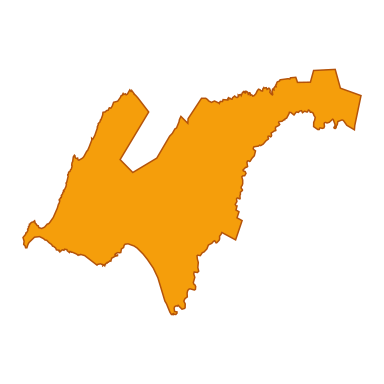 the district of Bahía de Banderas, Nayarit, Mexico
{"feature_id": "50627088B73050427186978", "entity_name": "Bahía de Banderas", "entity_type": "district", "adm_level": 2, "iso_a3": "MEX", "parent_name": "Mexico", "parent_adm1": "Nayarit", "projection": "equal_earth", "projection_center": [-105.326, 20.829], "detail": "fine", "context": "isolated", "style": "filled", "palette": "amber", "viewbox_px": 384, "rotation_deg": 0, "n_neighbors": 0, "source": "geoboundaries", "source_scale": "gbopen_adm2", "svg_char_len": 5897}
<svg xmlns="http://www.w3.org/2000/svg" viewBox="0 0 384 384"><path d="M285.2,118.7L286.6,118.2L289.1,113.5L289.4,112.3L290.9,112.5L294.0,115.0L296.0,112.3L296.7,112.0L298.4,112.4L299.5,111.2L301.1,110.7L301.5,110.7L302.5,112.7L304.6,111.2L307.1,112.1L307.8,111.5L308.3,110.1L308.7,110.0L309.6,110.7L310.3,112.3L311.6,112.1L313.2,113.2L313.9,115.3L315.2,117.4L314.6,120.3L313.7,122.3L313.6,126.6L317.9,129.6L319.2,129.5L319.7,128.1L320.2,127.9L322.4,128.4L323.9,127.9L324.5,126.3L324.1,123.7L324.5,122.7L325.8,122.4L327.0,123.0L329.3,122.3L332.6,119.2L333.2,119.5L335.0,124.4L334.9,126.6L333.9,127.3L334.3,128.3L335.2,128.5L336.1,127.7L336.3,126.2L337.3,124.5L337.8,121.6L341.8,120.0L342.8,120.1L343.7,120.9L346.8,125.3L354.4,129.8L354.8,125.4L361.0,95.6L340.4,88.2L335.2,69.4L313.6,70.5L310.4,82.2L297.5,82.4L295.8,77.3L290.4,77.8L290.1,78.8L289.5,79.0L288.1,78.7L280.1,79.8L279.5,81.0L277.3,81.9L276.5,83.4L276.5,84.3L275.6,85.2L276.1,86.7L275.0,86.6L273.8,88.2L273.9,89.9L272.6,89.2L272.1,91.2L272.4,92.6L272.0,92.5L272.7,94.6L272.5,94.9L271.5,94.4L269.8,92.2L270.3,90.7L269.8,89.0L268.9,88.1L267.1,89.4L266.3,87.7L264.1,88.1L263.8,87.6L262.9,88.9L262.5,91.0L261.1,90.8L259.8,89.6L258.5,89.2L257.3,90.7L255.8,93.8L253.9,95.8L252.7,96.1L252.4,95.4L251.3,94.8L250.4,95.2L250.4,93.9L249.9,92.8L249.4,92.7L248.9,94.0L248.3,94.4L247.8,92.5L246.9,91.6L246.1,91.3L246.1,91.9L245.4,93.0L244.6,92.7L244.8,91.6L243.8,91.4L243.3,92.3L242.6,92.3L241.2,95.6L240.7,94.5L239.3,94.8L238.9,95.6L238.2,95.0L238.2,96.8L237.0,97.6L235.4,96.8L234.7,96.0L232.6,97.7L232.2,99.1L231.3,99.2L230.4,98.4L229.5,98.7L229.2,98.0L228.5,97.6L227.7,99.0L228.2,99.1L227.9,100.0L223.1,99.6L222.5,101.5L220.4,101.4L219.5,103.0L219.4,102.4L218.7,103.0L214.5,101.0L211.4,102.4L208.5,100.8L207.6,99.6L205.8,98.3L201.5,98.3L188.1,118.7L187.8,123.3L180.9,116.4L179.4,119.7L179.0,121.9L176.5,128.0L174.9,128.9L172.4,133.3L169.7,136.1L156.8,158.1L132.8,172.5L120.1,159.6L148.7,112.0L137.8,97.8L135.3,95.0L134.2,94.4L134.3,94.0L131.8,90.6L131.6,91.4L131.0,91.5L129.8,89.9L127.4,94.1L126.1,94.8L125.3,93.8L123.7,94.5L123.1,93.5L122.0,95.5L121.3,95.6L121.0,95.2L121.1,95.7L120.4,97.4L117.7,101.2L113.6,102.3L112.1,106.4L110.8,108.2L109.3,107.8L108.1,110.3L106.5,110.6L105.3,111.9L103.0,112.3L102.6,115.2L100.9,119.9L100.5,119.9L99.9,122.0L98.2,123.6L98.3,124.6L97.2,127.1L97.5,127.6L94.8,135.4L92.9,139.0L92.4,139.1L91.7,138.4L91.8,140.0L89.1,147.1L87.6,150.5L86.8,151.1L83.8,156.7L82.5,158.1L79.1,160.1L78.4,160.1L77.9,159.4L77.6,158.1L76.6,158.5L75.7,158.1L75.0,157.2L75.1,156.0L74.4,155.2L73.3,156.9L72.7,161.4L72.0,162.9L71.7,165.3L72.1,165.9L71.3,169.1L70.6,169.7L69.9,171.5L69.2,171.6L68.5,172.7L68.4,174.2L67.8,174.5L67.7,175.2L68.2,176.1L66.7,182.3L66.0,183.1L66.4,184.1L66.0,186.4L64.7,189.3L63.5,190.4L64.0,191.1L63.9,191.6L63.4,191.6L62.8,192.7L62.3,192.5L62.7,192.8L62.6,193.9L61.3,195.4L61.6,196.0L61.3,197.3L60.9,197.3L60.5,197.8L60.5,198.5L59.5,199.2L59.1,200.0L59.7,200.5L59.7,201.1L59.1,203.4L58.5,204.1L57.3,208.2L53.3,217.4L49.3,223.1L48.2,223.9L47.3,224.0L44.6,227.1L41.7,228.5L38.8,227.6L38.3,225.8L37.1,225.5L36.2,224.0L35.3,223.4L34.6,220.8L33.0,222.1L32.1,222.1L30.5,223.2L30.2,224.0L29.4,224.2L29.4,225.9L28.5,226.5L28.6,227.8L27.6,229.2L28.0,230.0L27.7,230.8L26.6,232.7L25.8,233.0L25.8,233.8L25.4,234.6L23.0,237.5L24.1,241.2L23.7,244.4L25.2,246.1L25.6,247.8L26.9,247.8L27.9,244.6L29.0,242.5L34.5,237.2L39.5,236.6L43.5,238.6L45.0,240.0L46.7,240.3L49.1,242.7L51.6,244.5L52.5,246.1L53.6,246.4L55.7,248.1L56.4,249.9L58.9,250.2L59.0,250.9L59.5,250.7L59.9,251.9L62.3,249.8L64.0,250.3L64.5,249.2L66.9,249.6L67.2,250.7L69.4,252.5L69.8,251.5L70.8,251.6L71.2,252.2L72.6,252.3L76.7,254.1L78.1,255.3L78.8,254.7L79.8,255.0L80.6,254.4L84.7,255.6L97.0,265.1L97.6,264.4L100.6,263.8L101.9,264.5L102.6,264.4L103.0,264.8L102.9,265.6L103.8,264.9L104.6,265.7L104.7,264.7L105.4,264.7L105.4,264.0L106.6,263.0L107.1,263.1L107.3,262.4L108.4,262.2L109.8,260.9L110.8,261.2L111.7,258.2L115.3,256.2L117.5,255.7L117.7,254.3L117.3,255.6L116.1,255.9L115.9,255.3L115.7,255.9L115.1,256.1L114.9,254.6L115.4,253.8L117.0,253.0L117.3,253.5L117.2,252.8L117.7,252.6L119.6,252.8L120.8,252.5L121.4,249.0L123.6,247.5L124.1,245.3L125.1,244.2L128.1,243.8L134.1,246.0L137.1,248.0L143.1,254.0L147.4,259.4L153.3,268.1L157.9,277.8L164.9,301.1L166.5,303.8L169.9,312.1L171.4,314.5L173.1,314.6L172.8,313.9L173.4,313.5L174.1,314.2L175.8,314.5L177.0,313.2L177.0,311.9L174.6,311.5L174.1,308.4L174.6,306.7L176.2,305.8L177.2,306.2L178.1,305.3L182.0,309.2L184.6,308.4L185.1,307.7L185.2,303.9L183.8,301.1L185.0,298.6L187.3,296.9L187.1,293.1L187.7,290.5L188.9,289.2L190.0,288.8L194.4,290.0L195.4,289.4L195.7,286.6L195.0,285.0L193.9,284.2L193.3,282.6L194.8,277.3L193.7,273.9L194.2,272.0L197.4,272.5L198.7,271.2L197.8,267.5L198.3,262.5L197.4,259.3L197.0,255.8L197.7,255.2L200.3,255.6L202.3,252.7L204.1,251.9L206.9,248.9L208.4,245.0L211.8,243.3L213.5,241.3L214.7,240.8L216.1,242.9L216.8,242.7L219.1,240.3L219.6,239.0L219.6,236.1L221.0,234.4L221.9,232.5L235.6,239.9L242.1,220.6L237.0,217.8L239.0,211.8L236.0,210.0L237.0,206.0L236.2,206.0L235.2,204.3L236.9,201.6L236.5,199.0L236.8,198.3L237.8,197.9L239.3,198.9L240.1,198.7L239.9,195.4L240.4,194.5L240.4,192.2L242.4,190.5L242.4,189.7L241.1,188.0L241.3,186.7L242.3,185.1L242.7,183.6L242.7,180.1L241.8,176.8L242.7,175.9L244.7,175.7L246.0,173.4L245.1,171.5L243.3,170.9L243.0,170.0L245.7,167.3L246.6,167.3L247.6,166.5L246.9,162.5L247.5,161.0L248.4,160.8L249.6,161.5L250.2,161.2L251.9,158.4L254.3,155.8L255.5,150.9L253.5,149.4L253.2,148.3L253.9,146.8L258.4,146.1L259.5,145.2L260.7,145.6L263.2,144.1L266.0,140.8L268.3,139.1L268.5,138.4L267.9,137.1L268.2,136.2L269.2,136.1L270.6,136.9L271.3,136.4L271.6,135.3L271.1,133.1L274.9,130.6L275.6,130.7L275.9,130.2L275.4,128.9L275.6,127.2L278.9,125.4L279.7,124.4L278.6,122.7L279.0,121.6L282.0,121.3L284.1,119.7L284.7,119.8L285.2,118.7Z" fill="#f59e0b" stroke="#b45309" stroke-width="1.5"/></svg>